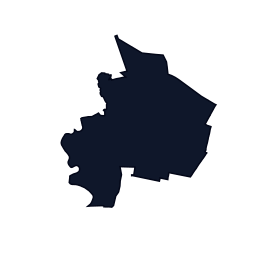 Mihaileni, Botosani, Romania, rotated 49°
{"feature_id": "2599482B73560952630788", "entity_name": "Mihaileni", "entity_type": "district", "adm_level": 2, "iso_a3": "ROU", "parent_name": "Romania", "parent_adm1": "Botosani", "projection": "orthographic", "projection_center": [26.143, 47.957], "detail": "fine", "context": "isolated", "style": "filled", "palette": "ink", "viewbox_px": 256, "rotation_deg": 49, "n_neighbors": 0, "source": "geoboundaries", "source_scale": "gbopen_adm2", "svg_char_len": 5516}
<svg xmlns="http://www.w3.org/2000/svg" viewBox="0 0 256 256"><g transform="rotate(49 128 128)"><path d="M160.7,209.6L162.3,207.4L169.5,198.6L169.9,198.3L170.6,197.5L171.1,197.4L171.5,197.6L171.7,197.8L173.2,196.2L174.7,194.4L175.9,193.2L177.1,192.1L177.0,189.8L171.3,181.9L170.9,180.3L170.5,178.6L170.0,177.0L166.5,172.2L162.9,168.7L159.0,163.6L151.9,159.4L162.0,148.4L162.5,148.8L167.2,154.4L165.8,156.0L166.4,156.5L167.6,154.9L167.8,155.1L188.7,139.2L186.7,136.6L193.0,131.8L191.3,130.0L190.5,128.8L189.8,127.9L188.7,126.9L188.5,126.4L205.8,113.0L205.2,110.5L204.6,108.6L204.1,106.8L203.6,104.8L203.2,102.9L202.6,101.1L202.0,99.0L201.5,97.1L201.4,96.4L201.0,95.0L200.9,94.2L200.5,93.1L200.1,91.1L199.6,89.1L199.3,88.1L199.0,87.0L198.7,86.2L198.5,84.9L198.3,84.9L198.2,85.0L197.9,85.2L196.9,85.5L196.6,85.5L196.4,85.4L196.2,85.1L196.0,84.6L195.8,84.0L195.7,83.6L195.4,83.6L194.9,83.0L193.5,81.3L192.2,79.4L191.0,77.6L189.6,75.8L189.2,75.2L187.8,73.5L187.4,72.8L186.9,72.1L185.5,70.1L184.0,68.2L183.5,67.6L183.0,67.0L181.9,65.3L181.6,64.7L181.4,64.5L179.9,65.4L178.6,66.2L178.1,66.5L177.4,66.8L177.0,66.9L176.2,67.0L175.5,67.1L175.1,65.7L172.9,59.8L172.7,59.2L172.5,58.6L172.3,58.1L172.3,57.9L172.2,57.9L172.2,57.6L172.0,57.4L171.6,56.3L170.8,54.1L170.2,52.4L168.9,49.0L168.7,48.3L168.5,47.7L168.4,47.4L168.3,47.1L168.2,46.4L166.6,47.1L152.1,51.9L140.9,54.4L124.6,58.1L120.8,59.2L117.1,60.7L114.0,62.4L113.6,62.6L107.4,58.3L103.3,55.6L96.0,53.7L90.8,58.8L81.8,67.2L80.6,68.3L61.2,74.7L54.4,76.9L50.9,75.6L50.5,76.6L50.2,77.6L51.2,78.0L57.4,80.5L84.5,91.4L81.5,97.2L86.3,96.5L87.9,96.3L86.0,99.5L85.0,101.5L83.2,104.5L82.3,106.4L82.1,106.9L81.0,108.8L80.2,108.4L79.5,109.7L79.0,110.7L78.7,110.6L78.9,110.0L78.2,109.2L78.2,108.8L78.3,108.6L78.5,108.4L78.6,108.1L78.3,107.8L78.0,107.4L77.7,106.9L77.3,106.4L76.8,106.0L76.7,106.0L76.5,106.5L76.4,106.8L76.3,107.1L76.0,107.5L75.8,107.6L75.5,107.6L75.2,107.5L74.8,107.4L74.6,107.5L73.4,108.5L72.3,109.6L71.8,110.0L71.3,109.6L69.7,111.2L69.0,112.0L69.1,112.6L69.1,113.2L69.0,113.7L68.9,114.3L68.9,115.0L69.0,115.3L69.2,115.7L69.7,116.4L69.8,117.1L70.0,117.4L70.3,118.1L70.6,118.8L72.0,118.8L72.6,118.8L73.3,119.4L73.9,119.6L74.4,119.8L74.8,120.2L75.0,121.1L75.2,121.6L75.6,121.9L76.9,122.5L77.3,122.7L77.8,123.0L78.4,122.9L79.2,122.6L79.7,122.5L80.2,122.7L80.5,123.1L80.8,123.7L81.3,124.2L82.1,124.5L82.8,124.8L83.0,125.1L83.1,125.7L83.2,125.9L83.7,126.2L84.4,126.6L86.8,127.1L87.0,127.0L87.3,126.4L87.6,126.3L88.1,126.3L89.2,126.4L92.1,127.3L93.6,127.6L94.4,127.6L95.4,127.5L95.6,127.7L95.9,128.1L96.1,128.4L96.2,128.7L96.6,129.1L97.9,130.2L99.6,131.6L99.8,131.9L99.8,132.1L99.6,132.4L99.5,132.6L98.8,133.1L98.7,133.3L98.5,133.9L98.4,134.5L98.6,134.9L100.2,134.6L100.4,134.7L100.6,134.9L101.0,135.3L102.0,136.1L102.6,136.6L103.2,137.2L103.4,137.5L103.2,137.8L102.8,138.2L101.8,139.4L101.5,139.6L100.4,140.6L99.9,140.6L99.4,140.6L98.7,140.6L97.4,140.5L97.3,140.9L97.1,142.2L97.0,142.6L96.9,143.2L96.9,143.3L96.8,143.5L96.6,144.1L96.4,145.2L96.1,146.4L96.0,147.0L95.9,147.5L95.7,147.8L95.5,148.1L95.4,148.3L94.1,149.8L93.5,150.5L93.1,151.2L91.9,153.2L90.9,154.8L90.8,155.0L90.1,156.2L90.0,157.4L90.8,157.8L91.4,158.3L91.5,158.3L92.4,158.7L93.6,159.4L96.4,160.9L97.0,161.0L97.3,161.2L98.2,161.9L98.6,162.4L98.8,162.7L99.0,163.1L99.2,163.9L99.3,164.5L99.3,164.9L99.3,165.1L99.2,165.8L99.1,166.2L99.0,166.5L98.8,166.9L98.7,167.1L98.3,167.6L98.1,168.0L97.7,168.4L97.5,168.6L97.2,168.8L96.7,169.0L95.8,169.1L94.8,169.2L94.3,169.3L94.1,169.4L94.2,169.5L95.5,170.7L95.8,171.0L96.0,171.5L96.1,172.2L96.1,173.3L96.1,173.7L96.0,174.0L95.8,174.5L95.7,174.8L95.5,175.1L95.3,175.3L95.1,175.5L94.8,175.7L94.2,176.1L93.7,176.3L93.5,176.5L93.4,176.6L92.6,177.5L92.3,177.8L92.2,178.0L91.8,178.6L91.7,178.8L91.6,179.1L91.6,179.3L91.6,179.6L91.7,180.3L91.8,180.6L92.0,181.0L92.3,181.9L92.4,182.4L92.7,183.4L93.3,184.9L93.9,186.1L94.4,186.9L94.8,187.4L95.1,187.8L95.5,188.2L96.0,188.5L96.6,188.8L97.1,189.1L97.4,189.2L97.7,189.2L101.1,189.9L103.8,190.3L104.1,190.4L104.3,190.4L105.4,190.3L105.5,190.3L107.0,190.3L108.6,190.4L109.9,190.6L110.3,190.6L110.8,190.8L111.3,191.1L111.8,191.4L112.3,191.8L112.7,192.3L113.0,192.8L114.1,195.0L114.4,195.5L114.7,195.7L114.9,195.9L115.2,196.1L115.6,196.3L116.4,196.6L116.8,196.7L117.4,196.8L118.0,196.8L119.0,196.9L119.5,196.9L120.1,196.8L120.3,196.7L120.5,196.5L120.8,196.2L120.9,195.9L121.1,195.5L121.4,194.0L121.8,192.6L122.1,191.9L122.2,191.7L122.4,191.4L122.6,191.3L122.9,191.1L123.2,190.9L123.7,190.7L124.0,190.6L124.3,190.6L124.9,190.5L125.6,190.6L126.1,190.7L126.7,191.0L126.9,191.2L127.2,191.4L127.7,191.9L127.9,192.2L128.3,192.7L128.5,192.9L128.6,193.4L128.7,193.8L128.7,194.4L128.6,194.7L128.5,195.3L128.4,196.0L128.2,196.7L128.0,197.1L127.0,199.4L126.9,199.7L126.7,200.7L126.6,201.1L126.3,202.0L126.3,202.3L126.1,203.4L126.5,203.8L127.1,204.3L129.5,206.9L130.6,208.1L130.9,208.1L131.9,208.0L132.0,208.1L132.3,208.0L132.7,207.9L133.1,207.7L133.5,207.4L134.0,207.0L135.3,205.6L136.2,204.6L137.2,203.8L138.0,203.2L139.6,202.2L140.6,201.6L141.1,201.4L141.4,201.3L141.6,201.2L141.9,201.1L142.2,200.9L144.3,199.9L145.2,199.6L146.2,199.4L147.2,199.1L147.5,199.1L149.4,198.6L150.0,198.5L150.8,198.5L151.7,198.4L151.8,198.4L154.3,198.4L154.7,198.4L155.5,198.4L155.7,198.5L156.2,198.7L156.3,198.7L156.7,198.9L157.1,199.2L157.4,199.4L157.7,199.7L157.9,199.9L158.9,201.6L159.8,203.3L160.2,204.2L160.5,205.1L160.7,205.8L160.8,206.5L160.8,207.4L160.7,208.8L160.7,209.1L160.7,209.4L160.7,209.6Z" fill="#0f172a" stroke="#020617" stroke-width="1.5"/></g></svg>